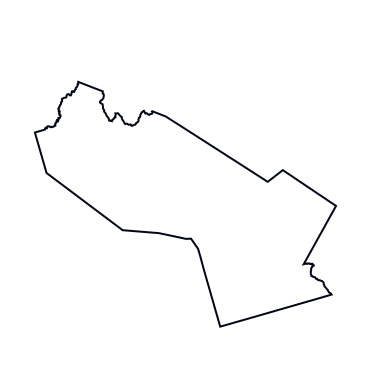 Goilala District, Central, Papua New Guinea (Natural Earth projection), rotated 344°
{"feature_id": "67681753B69138708409100", "entity_name": "Goilala District", "entity_type": "district", "adm_level": 2, "iso_a3": "PNG", "parent_name": "Papua New Guinea", "parent_adm1": "Central", "projection": "natural_earth1", "projection_center": [146.873, -8.324], "detail": "fine", "context": "isolated", "style": "outline", "palette": "ink", "viewbox_px": 384, "rotation_deg": 344, "n_neighbors": 0, "source": "geoboundaries", "source_scale": "gbopen_adm2", "svg_char_len": 5178}
<svg xmlns="http://www.w3.org/2000/svg" viewBox="0 0 384 384"><g transform="rotate(344 192 192)"><path d="M113.0,54.8L112.7,55.7L112.0,56.6L112.3,57.0L112.2,57.3L111.5,57.5L111.2,58.0L111.1,58.3L110.6,59.0L109.9,59.5L109.3,59.7L108.9,60.2L108.8,60.9L108.4,61.2L107.9,61.3L107.0,62.3L106.7,62.9L106.3,63.3L106.0,63.3L105.8,63.1L105.6,62.4L104.3,62.2L104.1,62.5L104.2,63.1L103.9,63.4L103.5,63.6L103.1,64.2L102.7,65.2L102.2,65.7L101.7,65.6L101.2,65.4L100.9,65.0L100.7,64.6L100.6,64.3L100.3,63.9L99.9,63.7L99.2,63.8L98.3,64.3L97.8,65.1L97.6,65.9L97.3,66.3L97.0,66.4L96.5,66.5L95.9,66.4L95.4,66.2L94.7,66.2L93.5,66.6L92.8,66.6L92.5,67.0L92.4,68.3L92.2,68.9L92.0,69.1L91.7,69.3L91.1,69.5L90.8,69.8L90.7,70.2L90.7,70.7L90.5,71.1L89.9,71.7L89.0,72.2L88.6,72.7L88.2,73.6L87.7,73.7L87.3,74.2L87.2,74.6L86.9,74.9L86.4,75.2L86.4,75.5L86.7,75.9L86.8,76.3L86.8,77.0L86.7,77.3L86.1,77.5L86.1,77.8L86.7,77.8L87.0,78.0L87.0,78.4L86.8,78.6L86.6,78.6L86.3,79.0L86.4,79.8L86.0,80.1L86.1,80.4L86.1,80.6L85.8,81.1L85.8,81.4L86.7,82.0L86.5,83.0L85.4,84.3L84.9,84.4L84.8,84.6L84.5,84.7L84.4,84.5L84.4,84.2L84.0,84.0L83.8,84.5L83.9,85.3L83.0,86.6L82.5,85.5L82.2,85.5L82.1,86.5L81.8,86.9L81.4,86.5L81.1,86.9L81.1,87.6L80.9,87.9L80.7,87.9L80.0,88.0L79.9,88.2L79.1,89.1L79.1,89.6L79.2,89.9L79.1,90.3L78.9,90.6L78.7,90.6L78.3,90.3L78.1,90.3L77.9,90.4L77.8,90.7L77.6,90.9L76.8,91.0L76.2,90.9L75.9,91.1L75.5,91.1L75.2,90.8L74.4,90.9L74.0,90.7L73.4,90.2L73.3,89.8L73.0,89.6L71.8,89.2L71.4,89.1L71.1,89.6L70.9,89.7L70.7,89.4L70.3,89.6L70.4,90.1L70.2,90.6L70.0,90.8L69.5,90.6L68.9,90.5L68.6,90.2L68.3,90.3L67.8,91.5L57.4,91.5L57.4,133.6L114.8,209.6L148.8,222.4L173.3,235.4L178.2,236.6L182.2,248.4L182.2,257.8L182.0,270.0L182.0,329.2L240.1,329.2L297.9,329.1L297.4,327.7L296.3,326.6L295.9,326.1L295.8,325.4L295.5,324.6L295.6,323.8L294.8,322.3L294.4,321.4L294.2,321.0L294.0,320.5L293.7,319.9L293.5,319.5L293.3,319.1L293.4,318.5L293.5,318.0L293.4,317.7L293.3,317.4L293.3,316.8L293.4,316.2L293.5,315.7L293.4,315.2L293.3,314.8L293.1,314.4L292.7,313.9L292.4,313.4L291.2,312.7L290.9,312.4L290.8,312.2L290.4,312.0L290.1,312.0L289.8,311.9L289.4,311.5L288.7,311.1L288.5,310.8L288.5,310.3L288.4,309.9L287.8,309.8L287.5,309.8L287.2,309.3L287.0,308.6L286.8,308.0L286.5,307.7L285.9,307.4L285.3,307.1L285.0,306.9L284.7,306.4L284.4,306.2L284.1,305.9L283.7,305.7L283.8,305.4L283.9,305.2L284.0,305.0L283.8,304.6L283.7,304.2L283.7,303.3L283.8,302.9L283.9,302.2L284.1,302.0L284.3,301.7L284.4,301.3L284.3,300.9L284.5,300.6L285.1,299.6L285.4,299.1L285.4,298.6L285.6,298.1L286.0,297.7L286.5,297.4L286.8,297.3L286.9,297.0L287.1,296.8L287.2,296.5L287.8,296.5L288.7,296.5L288.8,296.3L288.5,296.2L288.4,295.8L288.3,295.6L288.1,295.3L288.3,294.9L288.2,294.7L287.8,294.1L287.6,294.1L287.1,293.9L286.8,294.2L285.9,293.9L285.8,293.7L285.6,293.6L285.4,293.5L285.0,293.3L284.8,292.8L284.2,292.7L283.9,292.6L282.8,292.9L282.5,292.6L282.2,292.3L281.9,292.3L281.7,292.3L281.4,292.2L281.1,292.2L279.5,292.2L326.6,245.1L285.3,196.0L267.6,203.1L198.4,124.4L187.5,112.1L175.4,102.9L175.6,103.3L175.8,104.0L175.9,104.7L175.6,105.3L175.0,105.8L174.4,105.8L173.8,105.5L172.3,106.0L172.1,106.0L171.8,105.6L171.4,105.5L171.1,105.0L170.8,104.7L170.3,104.0L170.2,103.8L169.6,103.7L169.1,103.8L168.8,103.7L168.7,103.4L168.7,102.9L168.6,102.3L168.5,101.9L168.3,101.5L168.4,101.1L168.2,100.7L167.8,100.7L167.1,100.9L166.9,101.3L166.5,101.5L165.9,101.6L165.6,101.6L165.2,102.0L164.9,102.4L164.4,102.8L163.7,103.4L163.5,103.8L163.3,104.4L163.2,104.9L162.9,105.4L162.5,105.7L162.0,106.0L161.6,106.0L160.6,107.4L160.2,108.8L159.9,109.4L159.6,109.6L158.9,109.9L158.1,110.1L157.4,110.3L156.9,110.7L156.7,111.2L156.5,111.4L156.1,111.6L155.4,111.5L154.9,111.5L154.1,111.6L153.6,111.8L152.9,111.9L152.3,111.7L152.0,111.3L151.8,111.0L151.9,110.5L151.7,110.2L151.4,110.1L150.8,110.1L150.3,110.0L149.7,110.0L149.3,109.5L148.8,108.9L148.5,108.6L148.1,108.3L147.6,108.2L146.8,108.4L146.6,108.3L146.2,107.4L145.9,106.7L145.7,105.3L145.6,104.7L145.3,104.0L145.0,103.2L144.9,102.7L144.9,101.9L144.9,101.5L145.2,100.8L145.2,100.5L145.0,100.3L144.6,100.1L144.1,99.2L143.9,98.7L143.7,98.4L143.4,97.9L143.2,97.3L143.1,96.9L142.8,96.4L142.4,95.8L141.8,95.8L141.1,95.7L140.5,95.8L140.2,95.6L140.0,95.4L139.9,95.6L140.0,96.1L139.9,96.6L139.8,97.0L139.6,97.2L139.5,97.6L139.0,98.0L139.1,98.6L139.1,99.0L138.9,99.2L138.3,99.2L137.9,99.2L137.7,99.5L137.3,99.8L137.0,99.8L136.8,99.9L136.6,100.2L136.2,100.6L135.8,100.8L135.3,100.7L135.1,100.8L134.5,101.9L134.2,101.7L133.8,101.5L133.5,101.1L132.5,100.9L132.0,100.4L132.0,100.2L132.3,99.8L132.3,99.4L132.2,98.6L132.0,97.8L131.8,97.2L131.6,96.7L131.2,95.9L131.0,95.2L130.8,94.1L130.7,93.3L130.6,92.6L130.4,92.0L130.1,91.4L129.7,90.6L129.9,89.9L130.1,89.2L130.1,88.8L129.8,88.2L129.6,87.7L129.5,87.0L129.7,86.2L129.8,85.6L130.0,85.0L130.0,84.4L130.2,83.7L130.3,83.4L130.3,83.1L129.3,82.1L129.0,81.4L128.2,80.7L128.3,80.4L128.5,79.9L128.8,79.6L129.0,79.3L129.8,79.0L130.5,78.7L131.1,78.7L131.5,78.3L132.1,77.8L132.7,77.4L133.3,76.1L133.8,75.2L133.9,74.7L134.0,74.0L134.0,73.4L133.9,73.2L133.4,73.0L133.3,72.7L133.4,72.3L133.6,71.6L133.8,71.2L133.9,70.9L134.0,70.7L126.6,65.1L113.0,54.8Z" fill="none" stroke="#020617" stroke-width="2"/></g></svg>